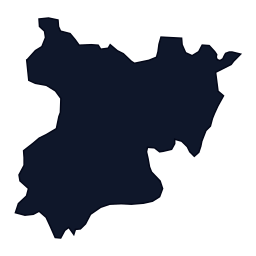 Chuncheon-si, Gangwon, South Korea
{"feature_id": "91817680B67839742247787", "entity_name": "Chuncheon-si", "entity_type": "district", "adm_level": 2, "iso_a3": "KOR", "parent_name": "South Korea", "parent_adm1": "Gangwon", "projection": "albers", "projection_center": [127.767, 37.873], "detail": "fine", "context": "isolated", "style": "filled", "palette": "ink", "viewbox_px": 256, "rotation_deg": 0, "n_neighbors": 0, "source": "geoboundaries", "source_scale": "gbopen_adm2", "svg_char_len": 1473}
<svg xmlns="http://www.w3.org/2000/svg" viewBox="0 0 256 256"><path d="M240.6,54.1L232.0,52.0L229.3,52.0L225.6,53.4L224.1,56.1L222.9,58.8L220.0,60.6L217.2,59.6L216.2,57.1L216.7,54.6L214.7,51.6L209.2,45.6L202.2,45.1L198.7,51.7L192.1,55.7L185.6,52.7L182.1,44.7L181.6,38.2L161.0,37.1L159.0,44.2L158.0,51.7L156.5,57.2L148.9,60.3L134.4,63.3L131.3,61.3L123.3,53.7L117.3,50.7L110.2,44.7L108.2,48.2L100.7,49.2L98.2,45.2L91.2,44.7L79.1,45.2L75.1,39.6L70.1,33.6L60.5,31.1L58.5,26.6L58.0,20.0L48.5,18.0L39.0,19.0L39.5,26.5L44.5,31.1L45.5,37.6L41.9,46.6L35.4,50.6L27.3,59.6L26.7,59.9L28.8,80.3L35.3,83.3L46.4,85.3L55.4,90.9L60.9,98.4L60.4,112.5L58.9,116.5L56.4,128.6L46.3,134.6L39.2,138.1L33.2,143.2L23.6,150.7L24.1,157.7L24.1,165.3L19.0,174.9L20.0,180.9L28.5,188.5L26.5,196.0L18.4,203.6L15.4,212.7L24.9,215.2L33.1,214.3L33.5,214.2L39.1,211.2L46.1,217.3L50.1,225.9L55.2,237.5L60.7,238.0L64.8,230.4L68.8,227.4L73.8,234.5L75.4,229.4L80.4,228.9L85.5,223.9L90.5,214.3L100.6,207.3L109.7,204.2L121.3,203.7L131.4,204.2L143.5,203.2L152.5,201.2L159.6,196.7L162.6,188.6L160.1,181.0L151.5,172.0L149.5,166.9L148.0,158.4L146.5,151.8L147.5,147.3L154.5,147.8L159.6,151.8L163.1,151.3L171.6,149.3L174.7,143.7L174.7,139.2L181.7,141.2L187.3,146.7L189.8,151.8L194.3,156.3L198.8,152.3L200.8,146.2L201.8,141.2L205.9,130.6L210.4,126.1L212.4,118.5L214.4,113.5L217.9,105.9L223.5,95.8L218.0,91.1L215.6,72.3L231.2,64.4L233.6,61.2L236.7,58.1L240.6,54.1Z" fill="#0f172a" stroke="#020617" stroke-width="1.5"/></svg>